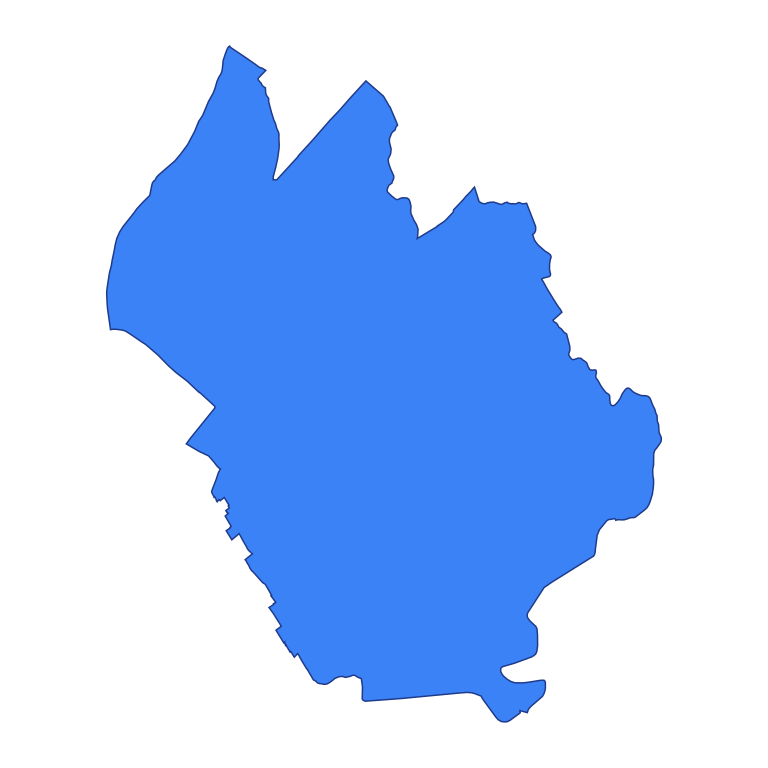 outline of Funza, Cundinamarca, Colombia
{"feature_id": "7082276B8627668413751", "entity_name": "Funza", "entity_type": "district", "adm_level": 2, "iso_a3": "COL", "parent_name": "Colombia", "parent_adm1": "Cundinamarca", "projection": "natural_earth1", "projection_center": [-74.204, 4.746], "detail": "fine", "context": "isolated", "style": "filled", "palette": "blue", "viewbox_px": 768, "rotation_deg": 0, "n_neighbors": 0, "source": "geoboundaries", "source_scale": "gbopen_adm2", "svg_char_len": 6083}
<svg xmlns="http://www.w3.org/2000/svg" viewBox="0 0 768 768"><path d="M186.3,443.9L199.6,451.7L208.6,455.9L214.0,462.1L217.0,466.1L219.7,468.7L220.4,468.9L218.4,472.7L216.6,478.1L216.6,478.3L212.3,489.4L211.6,491.8L212.4,493.9L213.6,495.8L214.1,497.3L214.7,496.9L216.7,500.4L216.4,500.7L217.2,501.8L219.1,499.5L220.2,500.7L224.3,497.5L229.0,505.3L228.2,506.0L229.3,507.9L225.8,510.6L227.1,512.5L227.3,512.4L228.3,513.4L225.2,516.0L231.2,526.5L230.0,527.4L230.1,528.0L226.2,530.7L231.8,539.8L239.2,533.6L242.8,540.4L246.9,547.5L247.3,548.6L248.8,550.6L252.4,553.8L245.1,559.7L246.3,561.2L247.5,563.6L248.7,565.2L249.9,568.1L251.7,570.8L252.7,571.5L262.6,582.6L265.3,584.3L271.6,595.3L270.9,595.8L275.8,602.4L273.4,603.8L273.7,604.5L269.0,607.5L273.4,613.6L279.7,623.6L281.2,626.3L276.0,630.2L283.7,642.8L284.3,642.3L284.2,642.6L284.6,643.2L284.9,643.0L285.0,643.1L284.7,643.4L285.4,644.7L285.7,644.5L285.8,644.6L285.4,645.1L285.7,645.6L286.1,645.3L290.1,652.1L290.8,651.5L294.3,657.2L297.7,653.6L299.2,655.9L299.5,656.7L301.9,661.0L306.6,668.7L306.8,668.6L313.5,680.0L315.0,680.5L317.7,683.0L320.0,683.7L321.6,683.7L323.1,684.2L325.1,684.3L327.1,683.9L329.8,682.4L332.8,680.2L334.9,678.4L338.8,676.8L340.9,676.5L342.7,676.5L345.5,677.4L350.3,676.3L353.2,675.1L355.4,675.6L357.5,677.1L361.3,678.6L362.5,686.7L362.2,698.6L362.5,699.6L363.3,700.3L365.1,701.2L400.3,698.6L457.3,693.2L467.0,692.4L471.8,692.8L474.7,693.6L481.2,696.1L482.0,697.9L483.9,700.7L495.7,716.9L497.9,719.4L499.1,720.3L501.1,721.4L503.1,721.8L505.8,721.9L507.2,721.7L510.1,720.3L520.0,713.0L520.3,712.4L519.9,711.2L519.9,710.6L527.3,712.6L528.2,709.9L529.1,708.4L531.2,706.1L542.4,696.5L544.1,693.4L544.8,691.2L545.4,688.4L545.4,682.5L544.9,681.1L544.1,680.3L543.0,680.2L540.5,680.3L528.7,682.2L522.6,682.9L515.0,682.8L510.9,681.5L507.1,679.2L503.5,676.1L502.1,674.3L500.7,671.4L500.7,669.3L500.9,668.3L501.4,667.6L502.5,666.7L515.1,663.0L531.4,657.0L533.8,655.6L535.3,654.4L536.2,653.0L536.9,651.0L537.6,645.6L537.5,635.1L537.0,628.8L535.8,626.4L530.0,621.0L528.0,618.3L527.3,616.7L527.2,615.3L527.3,614.1L527.8,612.7L544.1,587.5L552.7,581.6L593.7,556.0L594.5,554.5L595.2,552.1L595.5,548.2L597.2,535.2L599.5,529.6L606.6,520.9L608.3,519.7L614.4,518.7L615.3,519.0L615.8,519.8L615.8,520.2L618.1,519.7L622.4,519.9L624.7,519.7L629.0,518.3L629.6,517.8L633.6,517.6L635.1,517.3L644.2,510.3L646.9,507.8L648.8,504.8L650.0,501.9L652.5,493.8L652.6,491.8L653.1,489.3L653.5,485.1L653.6,481.7L653.5,478.7L653.1,477.4L652.8,474.0L652.7,470.0L652.9,468.1L653.6,465.1L653.7,454.1L654.0,452.6L654.9,450.1L656.9,447.8L660.0,443.3L660.9,441.7L661.2,440.8L661.3,438.9L661.2,437.3L659.6,433.7L659.0,432.0L658.6,424.8L657.2,420.7L657.1,415.7L655.9,413.3L654.7,409.0L652.9,405.6L650.8,400.1L650.0,398.3L648.5,396.6L646.3,395.8L641.2,395.5L639.1,394.8L635.2,393.1L632.9,391.7L630.5,389.3L629.3,388.4L628.1,388.1L627.0,388.2L625.7,389.2L624.8,390.2L622.6,393.3L621.6,395.2L620.6,397.8L617.9,401.9L615.1,404.9L613.0,405.8L611.9,405.5L610.8,404.7L610.4,403.6L609.8,400.5L609.7,396.5L609.5,395.6L609.1,394.8L607.8,393.7L606.0,392.6L603.3,389.3L600.9,385.9L598.2,380.9L596.2,378.1L595.8,377.2L595.7,375.9L596.4,372.9L596.3,371.8L596.2,370.8L595.8,370.2L594.7,369.8L593.3,370.1L591.8,370.1L589.9,369.7L588.1,366.8L587.3,364.2L586.5,362.6L584.3,360.9L583.1,360.2L581.1,358.4L578.3,358.1L573.8,359.6L572.4,359.5L571.3,358.8L569.2,355.9L568.6,354.2L569.7,351.0L569.9,349.4L569.8,346.3L566.6,334.0L564.3,332.5L561.0,328.6L559.2,327.5L558.4,326.4L557.4,324.3L556.1,322.9L554.0,321.8L553.0,320.2L561.9,312.2L560.3,309.3L558.1,306.5L553.3,298.9L547.3,289.1L543.2,281.6L541.6,279.1L543.0,278.2L549.5,276.5L550.5,275.1L550.5,273.9L549.5,269.4L549.6,263.7L550.5,258.8L551.0,257.7L551.0,256.2L550.3,254.7L548.1,253.0L545.0,251.1L538.2,245.1L535.5,241.7L534.3,239.7L532.6,234.4L533.9,233.6L534.7,232.6L535.6,230.5L535.7,227.3L535.4,225.9L526.6,203.3L523.1,203.8L521.8,203.6L519.3,202.6L518.6,202.5L516.4,203.7L515.5,203.9L513.6,203.7L510.7,203.7L508.1,203.1L507.2,202.2L504.5,202.9L502.6,204.1L500.9,204.4L493.7,202.1L491.2,202.2L487.8,202.7L485.7,203.6L484.7,203.7L482.3,203.5L479.1,201.6L474.5,187.1L472.8,188.9L470.8,191.4L465.9,196.4L463.1,199.8L453.7,209.7L453.1,212.3L445.4,220.4L443.7,221.8L437.3,226.0L437.5,226.3L417.3,238.5L417.5,237.9L418.1,229.3L416.5,224.6L413.8,220.0L410.9,213.4L410.7,210.3L411.0,206.4L410.1,202.2L408.9,199.3L407.0,198.0L402.3,197.8L400.0,198.5L398.5,199.3L396.3,199.6L391.9,196.2L387.7,192.2L387.1,190.7L387.2,189.5L388.6,185.5L392.0,183.0L392.2,181.8L393.3,179.6L393.8,177.5L393.7,175.9L390.6,168.9L389.0,164.3L388.5,162.3L388.2,160.1L388.4,158.6L390.2,155.0L390.8,152.8L391.1,148.9L389.4,141.9L389.5,138.5L391.5,133.5L392.5,132.0L395.0,130.1L395.9,127.1L397.6,125.2L396.0,121.0L389.9,106.7L389.2,106.1L383.5,96.2L365.9,80.9L350.4,97.8L339.6,110.1L330.0,120.2L312.9,139.8L298.3,155.8L297.7,157.0L276.8,179.8L273.3,179.8L273.2,176.9L275.7,167.4L277.6,158.7L279.0,149.0L279.2,145.4L278.9,138.2L279.0,134.5L278.6,132.5L276.7,128.3L275.4,123.3L273.9,120.2L271.5,112.5L268.6,101.4L268.7,98.8L268.6,98.3L266.4,95.3L265.7,93.1L265.4,87.8L263.4,86.6L262.1,85.3L261.1,83.1L260.3,82.4L258.2,79.8L258.0,79.0L258.2,78.4L259.1,77.3L265.8,70.4L262.7,68.5L261.5,67.9L260.3,67.7L258.5,66.7L255.6,64.5L245.1,57.2L230.5,47.4L229.7,46.1L228.6,46.8L227.8,47.9L226.7,50.2L225.0,54.9L223.2,60.3L222.4,68.5L221.8,71.7L220.9,73.9L218.8,77.3L217.0,81.4L215.0,88.4L213.1,93.3L208.6,101.3L202.9,114.9L201.9,116.6L198.7,121.4L194.6,131.5L187.5,144.8L180.6,154.1L174.9,160.9L158.8,174.8L156.4,177.4L155.1,180.1L153.6,181.2L152.4,183.1L151.7,185.6L149.8,195.4L143.4,201.7L137.0,208.6L134.0,212.8L123.2,226.4L119.7,231.9L116.8,238.4L115.3,244.4L114.1,251.1L112.2,260.1L111.3,265.7L109.4,273.1L107.3,286.7L106.7,291.6L106.7,294.5L107.1,302.9L107.5,308.4L110.5,329.6L113.5,329.2L116.5,329.3L121.7,330.0L125.0,330.8L130.0,333.9L140.6,341.2L145.6,344.4L157.9,355.0L168.8,366.1L171.6,368.6L176.3,372.8L186.9,380.9L199.2,392.5L199.5,392.2L200.0,392.7L214.6,406.1L215.0,407.8L190.1,438.6L186.3,443.9Z" fill="#3b82f6" stroke="#1e3a8a" stroke-width="1.5"/></svg>